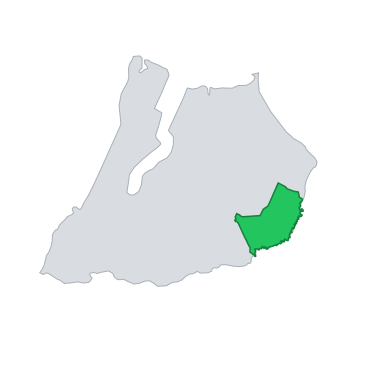 Podor, Saint-Louis, Senegal (highlighted), rotated 114°
{"feature_id": "50182788B66510054428140", "entity_name": "Podor", "entity_type": "district", "adm_level": 2, "iso_a3": "SEN", "parent_name": "Senegal", "parent_adm1": "Saint-Louis", "projection": "robinson", "projection_center": [-14.416, 16.094], "detail": "fine", "context": "in_parent", "style": "filled", "palette": "green", "viewbox_px": 384, "rotation_deg": 114, "n_neighbors": 0, "source": "geoboundaries", "source_scale": "gbopen_adm2", "svg_char_len": 7884}
<svg xmlns="http://www.w3.org/2000/svg" viewBox="0 0 384 384"><g transform="rotate(114 192 192)"><path d="M288.0,177.0L292.1,185.1L291.2,189.0L290.3,194.6L292.6,198.8L295.4,201.5L297.4,203.9L299.6,207.4L299.9,214.1L299.5,219.0L301.0,221.3L302.2,224.1L301.9,226.4L301.2,228.5L298.5,231.2L298.1,236.3L302.4,242.4L305.2,245.8L305.1,247.7L305.9,249.8L307.9,252.3L309.2,251.7L310.6,249.7L311.2,248.3L314.9,248.9L316.6,249.6L319.0,253.6L319.9,256.3L320.5,259.6L323.0,263.8L325.1,266.8L325.6,268.6L327.5,271.1L326.3,276.7L326.5,279.5L325.2,287.0L324.9,290.5L325.0,291.8L327.9,294.5L327.6,298.3L324.6,297.6L319.5,297.2L309.1,299.1L305.5,298.3L298.7,298.6L293.9,299.7L287.7,302.1L283.0,301.5L280.4,299.6L277.0,299.7L273.2,298.7L269.1,296.8L265.3,295.9L261.3,292.4L259.4,291.8L258.1,292.7L257.0,293.9L255.8,294.6L253.7,293.9L252.8,291.6L253.5,289.3L253.7,287.6L252.7,286.7L250.2,286.4L246.3,286.4L239.9,285.7L238.4,285.3L224.1,284.7L209.3,284.6L196.7,284.5L180.8,284.5L169.6,284.4L159.2,284.4L151.2,288.9L142.5,293.9L130.8,296.6L117.3,295.6L113.0,296.3L108.5,298.5L105.2,300.1L100.6,301.1L94.6,300.3L92.2,300.8L90.7,298.5L88.9,294.8L90.0,292.1L93.7,290.4L99.2,288.1L102.1,289.3L103.8,289.4L104.1,287.9L103.5,287.1L99.4,285.2L97.3,282.6L95.5,284.1L93.9,287.3L92.6,288.2L90.8,289.1L89.7,287.0L89.3,284.9L90.1,283.2L89.7,274.1L90.2,269.2L90.0,265.0L92.6,262.2L95.0,260.4L104.7,260.3L113.6,260.1L122.3,260.2L131.0,260.3L131.9,251.8L134.7,251.1L138.9,250.3L146.6,249.2L155.3,248.2L157.1,246.6L158.6,243.7L159.5,241.2L161.3,240.1L163.7,241.0L166.8,242.3L170.1,244.4L173.9,246.3L176.4,247.5L182.4,250.5L192.7,254.7L201.2,256.3L211.5,253.3L218.9,251.3L219.8,247.6L218.6,244.1L213.1,240.8L205.6,241.2L203.3,242.0L199.8,243.1L197.7,243.6L194.2,242.8L189.7,240.0L186.9,237.1L182.9,235.8L178.3,234.5L170.8,228.6L166.9,227.6L163.2,227.2L156.0,228.4L149.1,231.5L145.4,238.6L138.5,238.5L123.7,238.3L110.1,238.1L98.9,238.6L97.8,233.4L95.1,229.3L90.8,225.8L89.9,222.6L91.4,219.7L95.5,217.4L96.5,215.7L94.3,216.0L91.0,217.5L88.8,217.6L88.6,213.1L84.9,207.3L80.8,197.4L76.2,193.4L72.3,185.5L68.2,182.4L64.4,181.0L61.2,181.3L60.1,184.9L56.1,179.7L61.5,177.8L73.2,171.3L86.7,152.5L98.8,130.3L100.4,125.0L101.8,121.1L102.8,112.0L104.6,106.6L106.2,105.5L108.2,101.4L110.7,94.1L113.5,90.1L116.6,89.3L119.0,89.6L120.8,91.1L125.8,92.1L134.2,92.4L140.7,91.3L145.3,88.8L151.3,87.5L158.8,87.5L162.7,86.4L163.1,84.4L164.1,83.7L165.6,84.6L167.1,84.2L168.5,82.7L169.8,82.6L171.2,83.9L177.4,84.3L188.6,83.8L198.8,87.6L208.3,95.8L213.1,101.2L213.4,103.9L215.0,106.6L217.8,109.4L220.4,109.9L222.8,108.2L224.6,108.4L225.9,110.5L228.6,110.9L231.6,109.6L233.8,110.1L234.2,111.3L234.6,112.0L236.1,112.3L238.1,113.9L240.8,118.2L243.0,124.3L244.8,132.0L247.0,136.2L249.9,136.9L251.5,138.5L251.8,140.3L252.7,141.6L254.0,142.3L256.4,141.9L259.2,144.5L262.2,150.2L262.7,152.7L262.2,154.1L262.4,155.1L264.4,156.1L266.3,157.9L267.9,160.7L271.2,163.2L276.3,165.4L280.0,168.6L282.3,172.9L287.0,176.6L288.0,177.0Z" fill="#d9dde1" stroke="#a8b0b8" stroke-width="1"/><path d="M148.7,116.9L161.3,116.9L162.6,116.8L162.9,116.9L165.3,116.8L167.3,116.9L167.7,116.8L173.9,116.9L178.8,119.9L180.0,119.9L185.5,120.2L185.9,120.2L188.9,126.0L189.4,126.8L194.2,136.0L194.1,136.9L194.2,137.6L194.0,138.0L193.7,139.1L193.6,139.4L193.5,139.6L193.8,141.4L193.7,141.5L193.4,142.2L193.5,142.4L197.4,142.3L198.4,141.2L198.8,140.8L199.2,140.8L199.3,141.0L199.6,141.0L199.7,141.3L199.9,141.4L200.1,141.4L200.4,141.3L200.5,141.3L201.0,140.5L201.2,140.4L201.2,140.2L200.9,139.1L200.9,138.8L200.9,138.7L201.1,138.4L201.8,137.0L202.0,136.6L203.1,135.4L206.3,131.8L212.1,125.2L212.6,124.5L213.8,123.0L215.0,121.6L216.2,120.3L217.4,118.8L218.6,117.4L218.7,116.8L218.7,116.7L218.9,116.5L220.6,115.7L223.4,114.6L223.4,114.2L223.7,113.0L223.9,112.0L224.0,111.6L224.2,110.7L224.3,110.2L224.3,109.8L224.3,109.4L224.8,108.9L225.1,108.5L225.2,108.4L225.2,108.1L225.0,107.8L224.9,107.7L224.7,107.7L224.4,107.9L223.9,108.3L223.4,109.0L222.9,109.3L222.7,109.4L222.2,109.6L221.6,109.6L221.1,109.5L220.8,109.6L220.2,110.0L219.6,110.3L219.4,110.5L219.1,111.1L218.9,111.4L218.7,111.5L218.5,111.2L218.4,111.0L218.3,110.6L218.0,110.5L217.9,110.4L217.7,109.7L217.4,109.3L217.4,109.1L217.3,108.8L217.4,108.5L217.5,108.3L217.8,108.0L217.8,107.8L217.8,107.6L217.6,107.3L217.5,107.2L217.2,107.0L216.9,107.1L216.6,107.3L216.4,107.3L216.2,107.3L215.9,107.1L215.6,106.6L215.5,106.0L215.6,105.5L215.5,105.4L215.4,105.4L215.2,105.5L214.9,105.5L214.7,105.2L214.1,105.3L213.6,105.6L213.2,105.7L213.3,105.2L213.3,104.6L213.4,104.2L213.5,103.9L214.2,103.4L213.9,103.1L213.6,103.0L213.4,102.9L213.1,103.0L212.8,103.0L212.6,103.0L212.5,102.9L212.5,102.6L212.5,101.8L212.4,101.6L212.5,101.4L212.8,101.2L213.1,101.2L213.3,101.3L213.5,101.4L213.8,101.4L213.9,101.0L213.6,100.5L213.6,100.2L213.4,100.1L213.3,99.9L213.2,100.0L213.1,99.9L212.6,99.7L212.1,99.3L211.7,99.3L211.1,99.4L210.8,99.4L210.7,99.2L210.4,98.5L210.2,98.1L209.4,97.2L209.1,96.9L209.0,96.6L208.9,96.5L208.4,96.0L208.2,95.9L208.0,95.7L207.5,95.5L207.4,95.4L207.3,94.9L207.2,94.8L207.0,94.5L206.5,94.1L206.3,94.1L206.0,94.0L205.9,93.9L205.8,93.6L206.0,93.2L206.3,92.8L206.1,92.7L206.0,92.8L205.9,92.9L205.7,93.1L205.3,93.0L205.2,92.9L204.9,92.3L204.7,92.1L204.1,91.8L203.8,91.5L203.5,91.4L203.3,91.2L203.1,91.0L203.1,90.9L203.3,90.2L203.2,90.1L202.8,89.9L202.3,89.5L201.5,89.3L201.3,89.3L201.1,89.4L200.9,89.5L200.7,89.9L200.6,90.3L200.8,90.9L200.7,90.9L200.4,90.2L200.1,89.6L200.0,89.4L199.9,89.2L199.9,88.7L200.0,88.4L200.2,88.2L200.3,88.0L200.2,87.8L200.1,87.7L199.9,87.6L199.8,87.4L199.5,87.3L199.3,87.4L199.2,87.5L199.0,87.9L198.9,88.0L198.2,88.1L197.9,88.3L197.7,88.3L197.4,88.2L197.3,87.8L197.6,86.8L197.6,86.3L197.6,86.0L197.6,85.1L197.4,84.7L197.2,84.5L196.4,84.7L196.0,84.9L195.9,84.9L195.2,84.7L195.1,84.8L194.6,84.9L194.2,85.0L194.0,84.8L193.9,84.7L193.8,84.1L193.7,84.0L193.4,84.0L192.8,84.5L192.7,84.7L192.5,85.2L192.3,85.4L192.2,85.4L191.9,85.4L191.2,85.3L190.5,85.8L190.2,85.9L189.6,85.5L189.4,85.4L189.0,85.3L188.7,85.0L188.3,84.5L188.1,84.4L187.9,84.4L187.9,84.5L187.8,84.9L187.7,85.5L187.4,85.7L187.0,85.4L186.9,85.4L186.4,85.6L186.2,85.6L185.9,85.4L185.8,85.5L185.5,85.7L185.4,85.7L185.3,85.4L185.2,85.3L185.1,85.2L184.8,85.1L184.5,85.2L184.4,85.2L184.2,85.4L184.1,85.6L183.9,85.7L183.6,85.4L183.4,85.0L183.5,85.0L183.8,84.9L183.9,84.6L183.9,84.3L183.8,84.1L183.6,84.1L183.4,84.1L183.0,84.2L182.6,84.3L182.0,84.2L181.8,84.3L181.6,84.3L180.9,84.6L180.7,84.6L180.3,84.3L180.2,84.2L180.0,84.3L180.0,84.7L180.0,84.9L179.7,84.9L179.6,85.0L179.7,85.5L179.3,85.4L179.1,85.2L179.0,84.6L179.0,84.3L178.9,84.1L178.7,84.0L178.5,83.8L178.4,83.8L178.2,83.8L178.0,84.0L177.7,84.4L177.6,84.8L177.4,85.0L177.1,84.9L176.9,84.6L176.5,83.9L176.4,83.8L176.1,83.8L176.0,84.0L175.9,84.3L175.8,84.6L175.7,84.7L175.6,84.8L175.3,84.5L175.1,84.5L174.4,84.7L174.2,84.6L174.0,84.1L173.6,83.5L173.4,83.4L173.1,83.6L172.9,84.3L172.7,84.8L172.4,84.9L172.1,84.8L172.0,84.6L172.0,84.3L172.0,84.1L171.8,84.0L171.6,84.4L171.3,84.6L171.0,84.9L170.8,84.9L170.6,84.8L170.4,84.6L170.3,84.4L170.1,84.0L170.3,83.0L170.2,82.6L169.6,82.3L168.9,81.9L168.6,81.9L168.3,82.1L168.2,82.3L168.1,82.7L168.1,83.1L168.1,83.9L168.1,84.3L167.8,84.5L166.6,85.1L166.2,85.0L165.9,85.0L165.7,85.2L165.4,84.8L165.3,84.6L165.2,84.4L165.0,83.6L164.9,83.4L164.5,82.9L164.4,82.8L164.0,82.7L163.8,82.7L163.4,83.2L162.9,83.9L162.7,84.3L162.7,84.6L162.9,84.9L163.0,85.0L163.6,85.1L163.8,85.1L164.1,85.5L164.2,85.8L164.3,86.1L164.3,86.3L164.0,86.7L163.2,87.4L163.1,87.6L162.9,87.8L162.2,87.7L161.8,87.6L161.1,87.2L160.7,87.1L160.4,87.2L160.2,87.5L160.1,87.8L159.1,88.2L158.6,88.6L158.3,88.9L157.9,89.1L157.7,89.0L157.3,88.8L157.1,88.6L157.0,88.4L156.7,88.2L156.1,88.2L155.6,88.1L155.0,87.8L154.4,87.8L154.2,87.9L153.4,88.6L153.3,89.6L153.3,91.6L148.8,94.9L149.7,98.6L149.9,99.2L149.9,99.8L150.4,106.2L149.2,108.8L148.7,116.9Z" fill="#22c55e" stroke="#15803d" stroke-width="1.5"/></g></svg>